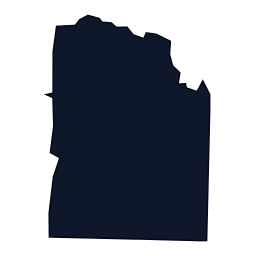 the district of Giles, Tennessee, United States of America
{"feature_id": "52423323B25757785187311", "entity_name": "Giles", "entity_type": "district", "adm_level": 2, "iso_a3": "USA", "parent_name": "United States of America", "parent_adm1": "Tennessee", "projection": "robinson", "projection_center": [-87.032, 35.224], "detail": "fine", "context": "isolated", "style": "filled", "palette": "ink", "viewbox_px": 256, "rotation_deg": 0, "n_neighbors": 0, "source": "geoboundaries", "source_scale": "gbopen_adm2", "svg_char_len": 674}
<svg xmlns="http://www.w3.org/2000/svg" viewBox="0 0 256 256"><path d="M49.4,237.0L52.4,237.0L54.8,237.1L90.5,237.9L135.7,239.0L140.2,239.0L150.6,239.3L151.3,239.3L152.3,239.3L153.6,239.4L196.1,240.5L199.0,240.6L201.1,240.6L202.5,240.6L206.6,240.6L209.7,108.7L209.6,94.3L202.8,80.9L197.1,91.6L186.2,87.9L185.5,83.7L178.1,84.2L179.8,72.9L172.5,65.7L169.5,54.6L170.3,41.3L156.1,34.3L146.3,32.9L143.9,38.6L133.1,34.9L127.0,27.2L116.3,27.4L111.2,22.9L102.0,22.2L99.2,18.5L88.0,15.4L79.6,19.8L75.4,25.4L56.6,26.4L53.2,51.6L53.1,93.1L46.3,94.6L53.0,97.6L53.8,126.2L50.4,152.5L59.9,157.7L53.5,176.8L49.2,212.9L49.4,237.0Z" fill="#0f172a" stroke="#020617" stroke-width="1.5"/></svg>